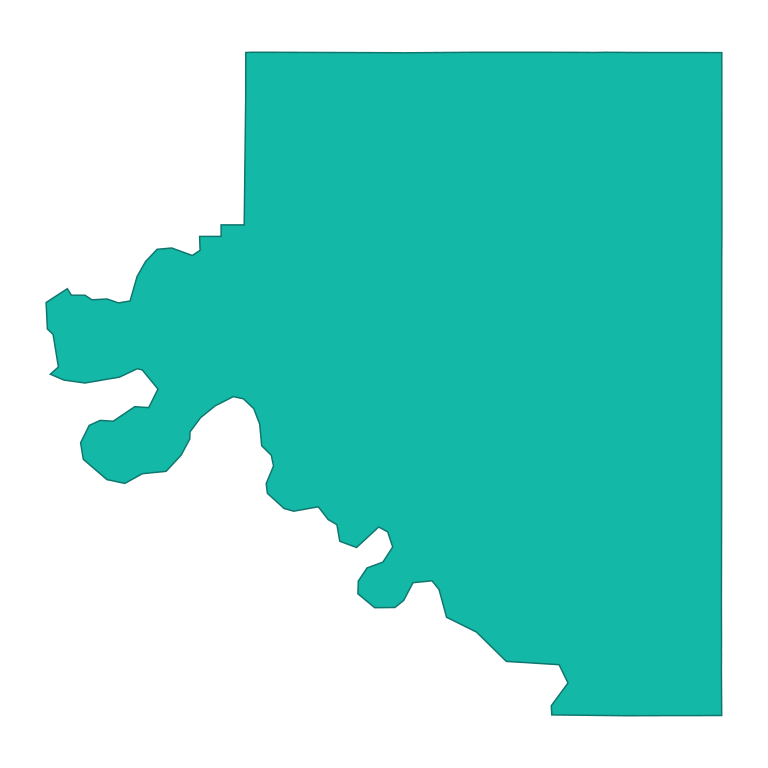 outline of Osage, Oklahoma, United States of America
{"feature_id": "52423323B53905412761485", "entity_name": "Osage", "entity_type": "district", "adm_level": 2, "iso_a3": "USA", "parent_name": "United States of America", "parent_adm1": "Oklahoma", "projection": "mercator", "projection_center": [-96.591, 36.58], "detail": "fine", "context": "isolated", "style": "filled", "palette": "teal", "viewbox_px": 768, "rotation_deg": 0, "n_neighbors": 0, "source": "geoboundaries", "source_scale": "gbopen_adm2", "svg_char_len": 1522}
<svg xmlns="http://www.w3.org/2000/svg" viewBox="0 0 768 768"><path d="M388.3,52.7L274.0,52.3L270.8,52.3L254.2,52.3L251.2,52.3L245.8,52.5L245.7,98.4L244.2,224.9L221.1,224.9L221.1,236.4L199.6,236.4L200.1,250.3L192.3,255.5L171.7,248.0L157.1,249.3L145.6,261.5L137.1,276.4L130.1,301.0L118.5,302.9L107.1,299.0L91.9,299.8L84.9,295.2L71.4,295.2L67.3,288.7L46.1,302.5L47.4,329.0L53.1,334.4L58.4,367.0L50.3,374.2L64.0,380.1L85.0,383.0L119.5,377.1L137.3,368.7L142.3,370.0L158.0,389.1L148.7,407.6L134.7,406.7L113.2,421.2L100.2,420.4L89.2,425.4L80.6,442.8L83.3,459.3L106.9,479.6L124.8,483.4L142.4,473.7L166.1,471.3L181.1,455.2L189.8,439.0L190.0,431.9L200.6,417.6L215.1,405.9L233.3,396.6L243.4,398.8L253.8,408.7L259.7,424.1L261.7,445.8L271.3,455.3L273.5,466.0L266.2,483.6L267.4,493.3L284.1,508.5L293.7,511.2L318.3,506.8L328.2,519.6L336.9,524.7L339.8,541.3L356.5,547.5L378.7,527.0L387.7,531.9L392.7,547.0L382.9,562.1L367.1,567.9L358.3,581.1L357.9,593.8L374.7,607.7L394.9,607.5L403.7,600.4L413.0,582.7L432.0,580.8L439.0,589.4L446.6,617.3L476.5,632.1L506.3,661.4L559.1,664.7L568.0,683.0L551.3,705.7L551.8,714.9L624.4,715.7L632.4,715.7L664.6,715.6L694.5,715.6L709.7,715.5L721.7,715.5L721.4,669.8L721.5,651.8L721.4,650.0L721.5,645.6L721.4,600.3L721.6,508.6L721.6,495.9L721.7,261.2L721.9,234.2L721.8,52.6L632.6,52.5L631.3,52.4L628.8,52.5L627.2,52.5L625.5,52.5L624.5,52.4L605.0,52.3L604.9,52.3L595.2,52.5L584.1,52.4L546.7,52.3L545.0,52.3L471.8,52.3L458.3,52.4L404.4,52.8L388.3,52.7Z" fill="#14b8a6" stroke="#0f766e" stroke-width="1.5"/></svg>